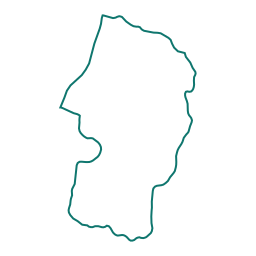 Yamagata, Albers equal-area conic projection
{"feature_id": "JPN-1868", "entity_name": "Yamagata", "entity_type": "Prefecture", "adm_level": 1, "iso_a3": "JPN", "parent_name": "Japan", "parent_adm1": "", "projection": "albers", "projection_center": [140.093, 38.419], "detail": "fine", "context": "isolated", "style": "outline", "palette": "teal", "viewbox_px": 256, "rotation_deg": 0, "n_neighbors": 0, "source": "natural_earth", "source_scale": "10m", "svg_char_len": 2228}
<svg xmlns="http://www.w3.org/2000/svg" viewBox="0 0 256 256"><path d="M60.4,107.4L64.5,97.4L66.9,90.7L70.5,85.4L81.8,75.1L85.7,69.7L89.1,63.5L94.4,43.5L99.7,28.7L101.0,23.9L101.8,18.1L102.6,15.4L103.3,15.4L113.0,18.1L114.3,17.9L115.7,17.6L117.0,16.9L119.2,16.2L120.7,16.5L122.0,17.0L126.2,21.5L130.7,24.7L133.5,26.2L136.5,26.7L138.4,26.7L140.0,27.3L140.8,28.4L142.1,29.7L144.1,30.8L153.5,32.6L157.8,32.8L160.7,33.3L168.5,37.9L170.6,39.8L172.1,43.7L174.1,47.6L177.9,51.3L184.7,53.0L185.9,56.9L190.3,62.6L192.6,67.8L195.3,71.8L195.6,73.4L195.3,74.7L194.4,76.5L194.1,77.1L193.9,80.7L194.1,84.6L193.8,86.9L193.2,88.9L192.2,90.5L191.1,91.5L189.3,91.8L187.3,91.4L185.9,91.8L185.1,93.5L185.1,95.5L185.5,97.4L186.9,101.1L187.6,103.8L187.8,110.8L188.2,113.4L189.1,115.3L190.2,116.6L191.2,118.0L192.0,120.3L191.6,122.3L190.1,126.1L188.5,131.8L187.5,133.2L186.4,134.3L183.8,137.8L182.5,141.8L181.3,144.1L178.8,147.9L177.7,150.1L177.0,152.4L176.1,156.1L176.3,162.0L176.2,164.8L175.8,167.3L174.8,171.1L173.5,173.1L170.1,177.2L167.9,181.0L165.7,183.0L163.4,184.6L161.4,185.2L156.8,185.8L155.0,186.6L153.4,188.4L152.8,190.9L151.8,201.5L151.9,207.7L151.6,210.8L151.3,216.4L151.5,223.1L152.4,228.2L151.8,231.2L150.8,233.1L146.9,236.6L145.9,237.3L144.8,237.7L143.4,238.1L142.0,238.0L140.7,237.8L139.5,237.3L138.1,237.5L136.5,238.1L134.2,240.0L132.4,240.6L130.7,240.6L129.4,239.9L126.6,236.9L125.2,235.9L123.7,235.2L122.1,235.0L118.4,235.5L117.3,235.5L116.2,235.1L114.8,234.3L113.0,232.5L110.5,228.1L108.8,226.2L106.8,225.7L105.2,226.8L103.4,227.3L101.9,227.2L98.3,226.2L95.1,226.2L92.7,227.1L90.7,227.1L88.8,226.6L87.4,225.4L82.2,224.7L77.6,221.1L73.2,218.5L70.3,215.1L68.9,212.5L68.6,210.2L69.0,208.2L70.2,204.5L70.6,200.6L70.9,198.9L72.0,195.6L72.1,195.4L71.8,190.9L72.2,188.9L74.7,184.0L76.7,165.3L77.7,163.0L79.5,161.8L81.4,161.7L86.4,162.1L89.3,162.0L91.3,161.4L93.1,160.4L97.7,156.8L99.1,155.0L100.2,152.7L101.1,149.5L100.9,147.1L100.0,144.9L99.1,143.6L98.0,142.3L92.8,138.4L91.1,138.1L87.4,138.3L85.7,137.5L83.8,136.2L82.2,134.7L80.7,133.0L79.6,131.1L79.0,128.4L79.5,122.6L79.4,120.1L79.5,118.3L79.7,116.9L79.8,115.7L78.8,114.9L77.1,114.1L73.7,113.2L62.2,107.9L60.5,107.4L60.4,107.4Z" fill="none" stroke="#0f766e" stroke-width="2"/></svg>